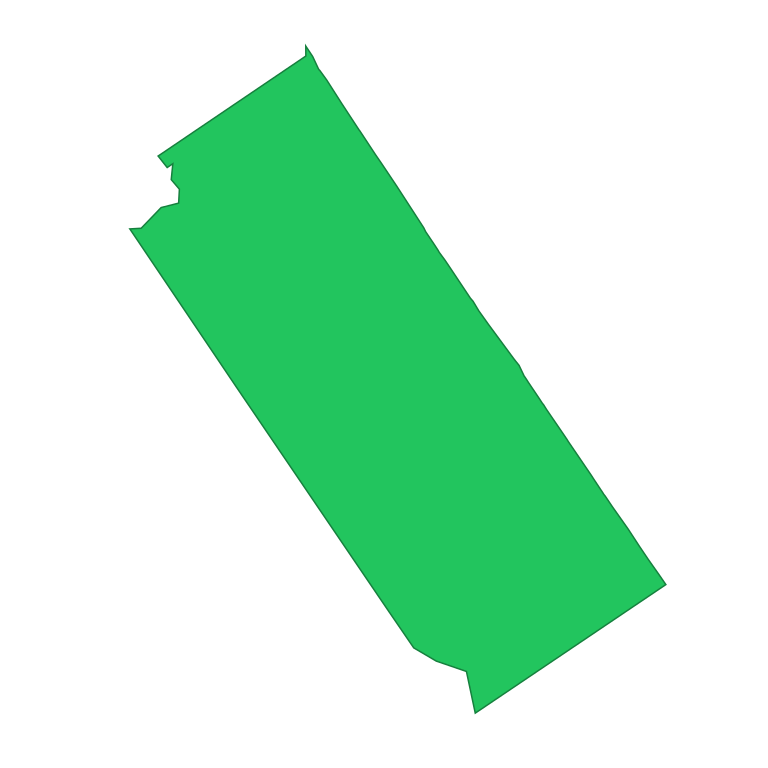 outline of Escambia, Alabama, United States of America, rotated 236°
{"feature_id": "52423323B39779994842487", "entity_name": "Escambia", "entity_type": "district", "adm_level": 2, "iso_a3": "USA", "parent_name": "United States of America", "parent_adm1": "Alabama", "projection": "equal_earth", "projection_center": [-87.161, 31.128], "detail": "fine", "context": "isolated", "style": "filled", "palette": "green", "viewbox_px": 768, "rotation_deg": 236, "n_neighbors": 0, "source": "geoboundaries", "source_scale": "gbopen_adm2", "svg_char_len": 1113}
<svg xmlns="http://www.w3.org/2000/svg" viewBox="0 0 768 768"><g transform="rotate(236 384 384)"><path d="M375.8,503.9L376.5,503.9L391.7,503.5L402.8,504.1L407.0,503.6L442.1,503.8L445.3,503.8L452.5,503.8L462.2,503.4L464.7,503.6L471.2,503.7L487.0,503.7L491.2,504.3L540.5,505.2L568.3,505.3L578.8,505.2L607.5,505.5L608.5,505.4L639.7,505.8L639.9,505.8L668.1,506.5L679.9,506.1L680.6,505.9L682.0,505.9L695.3,508.0L707.9,508.1L699.6,502.6L699.3,324.2L684.7,325.3L684.7,332.1L672.4,321.9L659.9,323.3L648.8,314.9L654.9,297.9L648.9,269.8L654.7,260.0L464.5,259.9L191.7,260.8L148.6,261.1L125.0,272.4L99.6,291.6L60.1,275.6L60.1,464.8L60.1,505.5L71.7,505.4L90.9,505.0L106.8,505.0L127.1,505.3L154.5,504.7L154.9,504.7L155.6,504.7L163.9,504.7L167.4,504.7L167.5,504.7L169.6,504.5L171.7,504.6L175.8,504.6L188.0,504.7L192.6,504.8L233.1,504.6L235.7,504.7L241.6,504.7L256.7,504.6L272.0,504.5L277.7,504.7L279.4,504.5L286.8,504.6L288.2,504.6L304.5,504.6L308.0,504.7L308.6,504.7L309.8,504.7L310.5,504.7L311.5,504.7L311.9,504.6L324.0,506.4L329.7,505.9L333.1,505.7L375.8,503.9Z" fill="#22c55e" stroke="#15803d" stroke-width="1.5"/></g></svg>